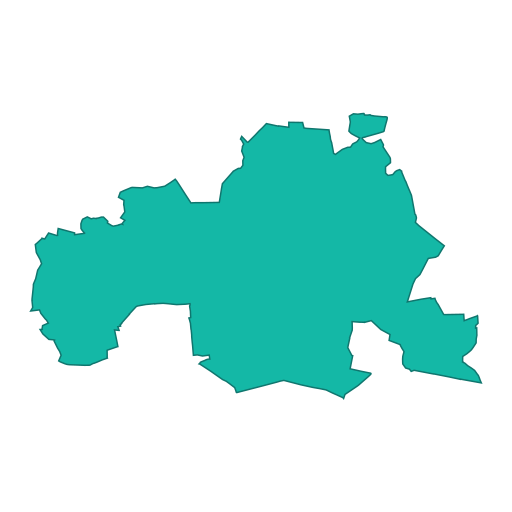 outline of Vecauces pag., Auces, Latvia
{"feature_id": "27541924B96386945855845", "entity_name": "Vecauces pag.", "entity_type": "district", "adm_level": 2, "iso_a3": "LVA", "parent_name": "Latvia", "parent_adm1": "Auces", "projection": "mercator", "projection_center": [22.949, 56.481], "detail": "fine", "context": "isolated", "style": "filled", "palette": "teal", "viewbox_px": 512, "rotation_deg": 0, "n_neighbors": 0, "source": "geoboundaries", "source_scale": "gbopen_adm2", "svg_char_len": 5928}
<svg xmlns="http://www.w3.org/2000/svg" viewBox="0 0 512 512"><path d="M353.4,113.8L349.3,116.2L350.3,121.6L350.3,122.0L350.2,123.1L349.8,125.3L348.9,131.1L349.1,131.4L351.1,133.4L352.2,134.1L355.3,135.8L358.3,137.3L358.8,137.5L359.7,138.0L358.2,140.2L357.0,141.6L356.7,141.9L353.1,143.7L352.8,143.9L352.5,144.2L352.3,144.5L351.4,145.9L350.5,147.2L347.7,147.3L342.3,149.4L335.4,154.4L333.6,153.4L333.2,151.0L331.6,142.5L331.2,141.5L330.5,139.2L330.2,136.4L329.6,133.7L329.4,132.5L329.0,130.2L329.0,129.9L320.3,129.3L306.8,128.4L304.0,128.0L302.6,122.5L288.8,122.3L288.8,127.3L278.7,125.9L278.6,126.2L275.6,125.6L266.4,123.6L266.2,123.8L262.5,127.7L259.2,130.8L255.2,135.1L248.2,142.1L247.6,142.2L247.1,142.0L241.7,136.4L240.5,139.1L241.6,140.2L243.7,144.1L242.4,146.6L242.4,147.4L241.7,151.0L244.1,157.3L242.8,160.7L242.9,165.3L240.6,168.3L238.3,168.4L233.3,171.2L233.3,171.4L233.1,171.5L222.4,183.7L221.7,187.6L221.5,188.6L221.1,191.3L219.3,202.4L214.0,202.5L203.0,202.7L195.4,202.7L190.9,202.9L185.6,194.8L178.8,184.2L176.6,180.9L175.2,179.2L173.9,180.2L170.1,182.8L168.2,184.0L165.4,185.8L164.8,186.2L157.1,187.7L154.1,187.9L147.4,186.3L142.4,187.9L132.3,187.4L131.2,187.6L123.5,190.8L120.3,192.3L118.5,197.3L124.0,200.3L123.9,201.7L123.7,204.6L124.1,206.5L124.8,211.9L120.6,217.8L124.9,220.3L122.2,223.5L122.6,224.3L121.5,224.0L118.6,224.9L118.6,225.1L113.2,226.2L111.7,225.6L107.4,223.0L107.8,221.3L103.5,217.1L101.3,217.1L98.5,218.0L96.4,218.3L96.4,218.5L95.4,218.5L93.6,218.2L91.2,218.8L87.3,216.9L82.7,219.2L82.0,220.5L80.9,223.8L81.0,228.5L81.9,230.0L82.1,230.1L82.2,230.4L83.9,232.4L84.6,233.1L84.3,233.4L84.1,233.4L74.6,234.7L74.6,232.9L58.2,228.5L57.6,232.4L57.5,233.4L57.5,234.2L57.6,235.4L56.7,235.5L48.6,233.0L44.7,239.0L42.0,238.2L41.9,238.8L41.7,238.8L36.7,243.4L35.3,244.5L36.2,251.6L36.4,252.7L40.4,260.0L40.6,260.9L41.6,263.7L41.5,263.9L39.4,267.4L38.1,269.5L37.7,270.1L35.7,278.7L33.7,283.5L33.4,284.3L33.3,287.3L33.2,287.8L33.1,289.1L32.0,299.4L32.2,300.4L32.0,300.5L32.7,307.5L30.7,311.0L39.5,309.9L40.8,313.3L45.4,319.1L46.5,320.1L48.3,323.1L42.6,325.6L42.0,329.2L42.1,329.4L40.1,329.5L42.9,334.0L48.9,339.4L53.5,339.8L54.6,340.1L54.1,341.0L57.6,348.1L59.7,351.5L61.0,354.9L61.1,355.3L58.7,360.9L59.6,361.5L60.6,362.0L64.5,363.6L66.6,364.3L67.7,364.5L69.4,364.7L82.2,365.2L84.7,365.3L89.8,365.2L93.0,363.5L94.2,363.2L97.1,362.1L102.2,359.9L107.4,358.1L107.0,356.9L107.2,356.6L107.2,355.8L107.1,350.5L107.2,350.2L117.4,346.7L117.9,346.6L116.7,340.5L114.8,331.2L114.5,329.9L118.6,330.4L119.1,330.4L118.8,329.5L117.8,326.7L119.3,326.4L120.6,326.1L120.2,324.5L121.0,324.2L121.7,323.4L121.5,323.2L125.4,318.8L129.5,314.2L129.3,313.9L130.1,313.2L136.0,306.8L136.6,306.4L137.6,306.0L138.6,305.8L145.8,304.5L154.4,303.7L154.5,303.9L157.2,303.6L163.1,303.3L168.0,303.7L176.6,304.6L185.2,304.2L185.4,304.2L190.0,303.7L190.1,304.9L189.6,306.0L190.4,311.2L190.7,317.6L188.9,318.0L189.5,319.7L190.4,323.1L190.5,323.6L190.5,323.9L191.0,329.3L191.2,329.9L191.7,335.1L191.7,336.5L192.2,342.0L192.6,345.7L193.4,355.3L197.3,354.9L202.5,356.0L209.2,355.1L209.8,359.1L208.0,359.2L207.1,359.4L206.0,359.8L204.9,360.4L203.6,360.9L201.8,361.6L200.5,362.2L200.5,362.4L199.1,363.9L199.9,364.1L209.5,370.4L209.4,370.4L210.0,370.7L222.5,379.5L226.3,381.3L229.2,383.4L234.7,387.6L235.7,390.3L236.3,392.3L236.8,392.6L237.4,392.4L262.5,385.9L276.9,382.1L280.3,381.1L283.8,380.4L284.7,380.6L300.9,384.8L312.8,387.4L319.7,388.6L325.6,389.8L326.3,390.0L332.3,392.9L342.8,397.6L343.1,397.9L343.6,398.5L345.0,394.4L357.1,386.2L358.6,385.1L368.2,376.7L371.2,373.9L371.3,374.0L370.7,373.2L361.3,371.3L350.1,368.8L352.7,355.7L352.1,355.6L351.8,355.4L347.9,347.9L347.8,347.3L349.8,338.0L349.6,337.8L352.2,330.2L352.3,327.9L352.1,321.6L358.7,322.1L360.3,322.2L362.0,322.2L363.7,322.3L364.2,322.1L364.4,322.4L371.3,320.6L380.8,329.5L390.0,334.5L389.1,340.4L400.2,344.6L400.3,344.7L400.3,345.3L402.1,348.6L404.0,351.6L402.8,356.3L402.6,359.1L402.7,362.8L402.8,364.0L405.6,368.0L409.5,369.2L411.2,371.4L414.1,370.3L414.7,370.4L433.6,374.0L433.7,373.9L449.5,377.0L460.3,379.3L460.3,379.1L481.3,382.9L480.1,380.1L479.3,377.8L478.3,375.4L477.3,374.2L474.6,370.4L471.3,368.0L467.7,365.7L465.0,363.3L462.5,361.9L462.7,361.5L462.8,361.4L462.7,361.2L462.6,360.7L462.7,356.6L462.8,356.4L466.9,353.7L470.6,350.6L471.5,349.7L473.1,347.5L475.2,344.3L476.1,342.9L476.2,339.0L476.9,335.2L476.8,333.6L476.8,332.2L476.7,327.9L475.6,328.1L475.7,325.5L476.5,324.7L477.2,324.1L478.1,323.1L478.0,322.6L477.6,315.9L477.4,315.7L477.3,315.9L469.6,318.6L467.4,319.5L466.1,320.0L465.6,320.1L464.2,320.7L464.0,318.7L463.7,314.3L446.4,314.6L444.4,314.6L443.9,314.6L443.5,314.2L438.2,304.6L436.7,302.5L435.4,299.9L434.9,298.3L431.0,298.9L430.8,297.7L421.2,299.2L407.3,301.9L413.0,283.9L415.5,278.6L419.9,274.6L422.6,269.5L428.3,258.4L435.6,257.2L438.2,255.8L441.8,249.8L444.3,245.8L435.8,239.2L418.3,225.2L418.1,224.9L415.4,222.4L416.4,218.2L416.4,217.9L416.4,217.5L415.7,214.9L414.9,214.1L413.2,204.8L411.6,196.1L411.4,195.2L409.5,190.6L409.0,189.5L407.3,185.4L405.8,181.5L405.1,180.4L401.5,171.6L401.7,171.2L399.9,169.8L399.7,169.6L396.9,170.6L395.6,171.4L395.1,171.8L392.8,174.6L390.2,175.1L387.9,175.4L385.7,173.3L385.6,173.1L385.6,172.1L385.5,168.7L385.6,166.7L390.4,162.8L390.4,162.5L390.5,162.4L390.5,162.1L390.4,158.8L390.1,157.8L389.7,157.0L383.0,146.8L383.4,145.6L383.4,145.1L383.4,144.7L382.0,142.0L380.7,139.5L374.5,142.6L371.4,143.6L371.1,143.7L366.6,142.7L366.2,142.6L364.4,140.9L362.4,139.0L362.2,138.6L362.1,138.2L362.3,137.9L362.7,137.6L363.9,137.3L365.3,137.0L365.3,136.9L378.8,133.1L383.3,131.7L384.2,130.9L384.1,130.7L384.6,128.6L384.9,127.4L385.7,124.3L386.8,120.4L387.2,118.8L387.2,117.4L386.8,117.0L384.9,116.7L384.3,116.8L383.5,116.8L374.5,116.0L370.9,115.4L370.1,114.8L367.4,115.1L364.5,115.0L364.4,114.9L364.3,114.7L364.1,113.7L363.9,113.5L363.4,113.5L361.4,113.7L357.9,114.2L353.4,113.8Z" fill="#14b8a6" stroke="#0f766e" stroke-width="1.5"/></svg>